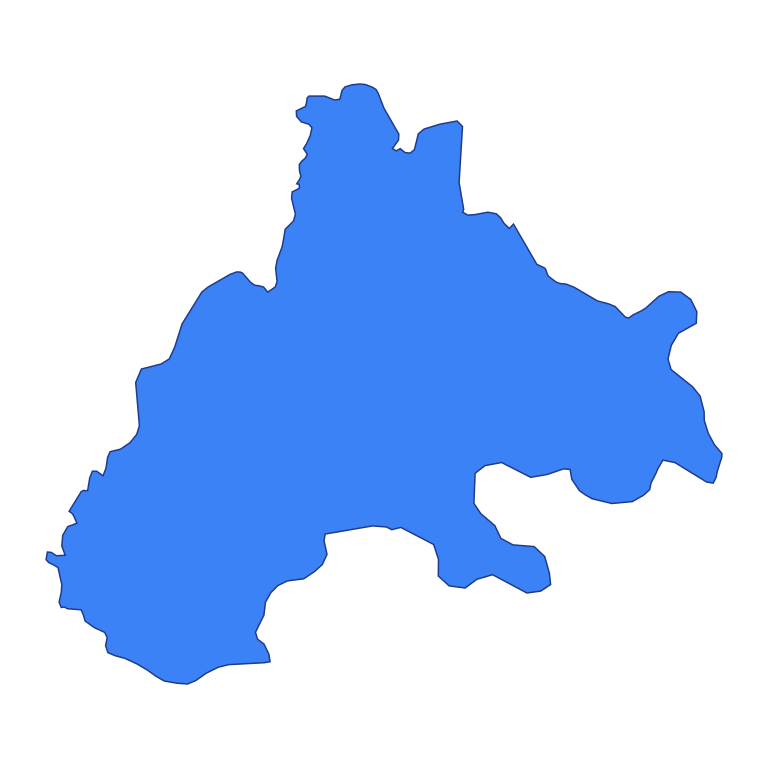 SVG path tracing the border of Mou Houn
{"feature_id": "BFA-2804", "entity_name": "Mou Houn", "entity_type": "Province", "adm_level": 1, "iso_a3": "BFA", "parent_name": "Burkina Faso", "parent_adm1": "", "projection": "mercator", "projection_center": [-3.423, 12.234], "detail": "fine", "context": "isolated", "style": "filled", "palette": "blue", "viewbox_px": 768, "rotation_deg": 0, "n_neighbors": 0, "source": "natural_earth", "source_scale": "10m", "svg_char_len": 3004}
<svg xmlns="http://www.w3.org/2000/svg" viewBox="0 0 768 768"><path d="M694.5,307.0L696.8,311.7L696.3,323.2L678.4,333.3L671.3,345.3L668.0,359.0L671.1,369.6L692.6,386.8L700.2,396.3L704.1,411.7L704.3,420.5L708.2,433.2L714.4,444.7L721.9,453.5L721.8,457.1L717.3,471.3L716.1,477.4L713.2,483.1L706.6,482.0L675.0,462.6L662.9,460.1L657.5,469.4L656.3,472.6L651.0,483.1L649.7,489.6L643.2,495.4L632.3,501.6L611.9,503.5L592.0,498.7L585.4,494.9L579.4,490.6L571.8,479.3L570.1,469.4L563.4,468.9L547.5,474.4L530.7,477.3L501.6,462.5L485.0,465.6L475.1,473.3L473.9,503.4L480.9,513.8L494.8,525.6L500.9,538.4L513.0,544.9L534.1,546.6L544.7,556.5L549.4,573.3L550.6,584.5L540.7,591.1L526.9,593.0L492.6,574.7L476.8,579.3L465.2,588.0L449.2,585.9L438.3,576.0L438.5,559.5L433.7,544.5L400.8,527.4L391.7,529.7L386.6,527.0L372.7,525.9L325.2,534.0L324.0,540.6L327.0,554.4L322.3,564.5L314.6,571.5L303.7,578.8L287.3,580.9L277.8,585.6L270.8,592.7L265.5,602.1L263.9,615.2L255.5,632.2L257.5,639.1L264.0,644.1L268.8,654.0L270.1,661.7L264.5,662.7L228.9,664.6L218.3,667.2L206.4,673.1L195.7,680.6L187.5,684.0L176.8,683.2L164.3,681.0L156.0,676.3L147.7,670.3L137.1,664.0L124.7,658.3L115.1,655.7L107.9,652.6L105.6,645.6L107.2,637.6L104.7,632.4L94.3,627.6L85.1,621.0L83.4,615.1L81.1,609.8L67.4,608.7L64.3,607.0L61.3,607.5L59.1,602.2L61.3,592.1L61.8,584.6L58.0,567.6L53.8,565.0L48.6,562.5L46.1,559.6L47.4,552.0L51.3,552.4L56.3,555.7L65.2,555.3L61.8,545.9L62.7,535.3L67.8,526.6L76.9,523.2L73.8,516.0L72.3,513.6L69.1,511.3L81.1,491.8L83.4,490.4L85.8,490.9L87.7,490.3L89.7,478.0L92.4,471.2L96.7,471.2L103.0,475.8L106.0,468.2L107.6,457.3L110.1,451.7L120.4,449.2L129.9,442.8L136.7,434.4L139.4,425.8L135.7,382.5L141.4,369.0L161.1,364.0L169.3,358.9L174.8,346.9L182.1,323.9L201.8,292.1L208.1,287.0L230.0,274.4L236.8,271.9L240.3,272.1L242.6,273.1L250.2,282.0L254.7,285.2L259.1,285.8L263.5,287.0L267.8,292.1L275.3,286.9L277.1,281.5L275.6,268.2L277.1,260.3L282.2,246.6L283.4,240.1L285.2,229.3L293.5,221.0L295.4,214.2L291.6,198.3L292.2,191.9L299.3,188.3L299.3,184.4L296.7,183.8L299.5,179.6L300.9,176.1L299.5,170.9L299.3,164.5L301.8,161.1L305.5,158.0L307.2,154.2L303.5,148.6L306.5,143.9L310.2,135.6L311.9,127.8L309.0,124.3L301.2,121.8L296.6,116.4L296.3,110.9L305.5,106.5L306.6,102.3L307.1,98.0L309.0,96.1L324.7,96.1L335.0,100.1L339.9,99.1L342.0,90.5L345.0,86.9L352.0,84.8L359.8,84.0L365.3,84.5L372.6,87.3L376.2,89.7L378.3,93.5L383.9,108.1L398.8,134.1L398.5,140.1L392.4,148.6L396.5,151.0L397.3,150.3L400.2,148.6L405.0,152.6L410.2,153.1L414.4,149.7L418.3,133.9L424.0,129.1L439.4,124.3L457.1,121.0L462.5,126.5L459.1,182.6L463.7,209.4L462.7,212.2L467.7,215.1L474.4,214.7L487.9,212.2L496.3,213.8L500.6,217.8L503.8,223.1L509.3,228.5L513.5,224.1L536.8,264.3L544.9,268.2L545.9,269.9L547.5,274.7L548.4,276.2L555.6,281.8L559.8,283.5L566.1,284.1L574.2,287.3L597.4,300.9L609.0,304.0L615.2,306.6L625.3,317.1L628.6,318.1L633.2,314.8L641.4,310.8L645.8,308.0L659.0,296.2L668.6,291.7L680.8,292.1L690.8,299.5L694.5,307.0Z" fill="#3b82f6" stroke="#1e3a8a" stroke-width="1.5"/></svg>